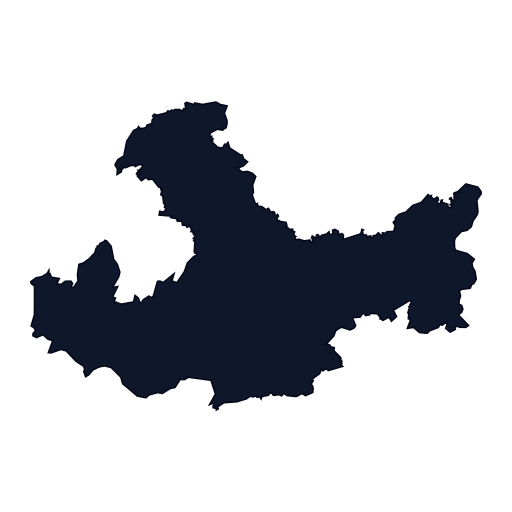 outline of Huejutla de Reyes, Hidalgo, Mexico
{"feature_id": "50627088B61765776713895", "entity_name": "Huejutla de Reyes", "entity_type": "district", "adm_level": 2, "iso_a3": "MEX", "parent_name": "Mexico", "parent_adm1": "Hidalgo", "projection": "albers", "projection_center": [-98.458, 21.143], "detail": "fine", "context": "isolated", "style": "filled", "palette": "ink", "viewbox_px": 512, "rotation_deg": 0, "n_neighbors": 0, "source": "geoboundaries", "source_scale": "gbopen_adm2", "svg_char_len": 6081}
<svg xmlns="http://www.w3.org/2000/svg" viewBox="0 0 512 512"><path d="M427.1,333.3L429.7,330.8L438.1,327.6L440.8,323.9L442.1,325.3L446.1,322.2L445.9,323.2L447.2,323.5L445.7,328.5L450.2,332.2L455.4,329.4L454.8,327.6L457.3,326.0L459.3,327.3L465.9,327.4L468.6,325.4L458.5,315.0L461.8,312.1L462.9,309.1L461.7,305.4L459.2,304.3L459.0,301.0L460.6,295.9L459.4,291.3L461.4,289.4L470.2,288.3L472.0,284.1L473.7,283.8L476.3,279.3L475.0,271.2L472.7,267.3L472.0,263.1L474.4,259.2L467.2,253.5L456.3,250.5L454.7,248.4L454.4,241.4L455.2,238.1L461.3,231.6L467.0,230.4L471.3,226.8L473.0,221.0L477.3,214.6L478.0,211.8L476.9,200.1L481.3,193.7L481.1,191.6L477.9,187.1L465.9,183.9L457.8,191.6L454.1,192.9L453.7,194.4L455.0,196.1L454.0,196.6L454.3,199.9L452.0,200.3L451.4,197.7L449.6,198.3L449.6,199.3L450.9,199.1L451.3,204.0L450.1,204.8L451.7,205.5L451.8,207.8L447.6,206.6L447.9,204.2L441.9,202.3L442.4,200.0L441.2,200.2L440.1,203.6L438.5,203.8L437.0,201.8L438.6,200.1L437.9,197.4L436.6,197.1L434.3,199.3L431.3,197.2L431.5,195.5L429.9,196.1L428.1,194.5L421.2,202.4L412.7,205.4L405.9,212.0L398.8,214.4L395.3,218.0L395.5,220.1L393.2,222.3L395.2,225.6L393.6,231.4L387.0,231.7L385.1,233.3L382.4,232.7L382.2,236.5L378.3,232.7L375.8,235.4L373.4,235.5L372.5,237.7L371.1,237.5L370.7,235.8L367.3,236.6L366.1,234.7L363.3,235.2L362.4,231.0L363.5,230.0L361.8,229.3L361.2,232.6L359.8,234.1L343.4,239.4L343.4,234.8L341.7,233.5L338.9,234.7L338.3,231.2L334.7,229.3L332.5,230.2L333.0,233.5L331.4,234.4L329.5,234.1L329.0,231.7L326.4,234.1L321.4,235.3L320.2,237.5L317.9,234.5L316.4,235.1L315.9,238.3L312.3,235.9L311.5,237.7L313.1,240.4L311.3,242.9L310.2,240.0L304.3,240.8L299.0,239.2L295.7,239.6L294.8,236.6L295.7,236.4L294.3,235.5L293.9,233.2L294.8,231.9L292.6,230.6L292.6,229.1L291.0,229.2L290.5,230.5L288.6,228.2L286.4,227.5L287.1,226.3L286.1,222.4L281.7,221.6L281.4,222.6L279.5,220.6L277.4,221.1L277.4,217.1L278.5,216.2L277.6,214.4L276.0,215.7L274.7,215.2L275.0,213.3L273.8,211.6L270.6,212.0L268.5,208.3L266.0,209.6L261.9,206.6L257.8,206.1L257.4,203.4L255.7,204.5L252.2,194.8L253.5,192.3L252.7,185.0L255.8,176.5L252.3,173.2L247.5,171.4L242.1,171.9L238.7,169.2L239.1,167.7L243.6,165.8L247.6,161.8L243.6,158.7L242.3,155.0L240.2,154.8L229.7,147.9L228.0,142.3L226.5,144.2L224.5,144.2L223.3,147.0L221.4,148.0L217.5,147.1L212.4,142.2L213.0,138.6L211.5,138.4L211.8,136.2L210.3,136.5L209.6,135.5L210.8,132.7L217.4,129.3L222.8,130.2L223.1,128.3L224.0,129.0L226.1,127.7L227.0,124.1L227.1,120.7L224.4,113.1L227.2,105.9L220.2,104.4L215.9,102.0L202.7,104.4L194.6,102.9L194.5,104.6L186.5,102.3L184.9,103.4L185.8,108.5L183.8,108.5L182.1,111.2L179.9,109.5L174.6,109.5L173.4,110.9L171.7,109.9L169.8,111.4L167.8,110.8L166.4,112.8L157.1,115.1L154.3,114.1L152.6,116.0L153.8,117.9L152.1,120.0L151.8,123.4L146.9,125.1L146.9,126.5L144.3,128.2L139.9,128.4L138.6,126.5L137.3,128.7L133.5,130.5L126.7,141.2L123.8,155.9L117.9,159.5L115.3,164.0L115.1,165.4L117.4,168.9L117.0,174.6L121.2,172.0L121.9,169.7L120.9,168.5L122.9,168.7L123.3,167.3L125.4,167.8L131.0,165.5L134.7,165.5L135.2,166.6L139.6,164.5L142.3,165.2L142.9,166.6L141.3,167.6L141.6,168.5L139.2,169.7L139.4,171.4L138.3,170.8L139.1,172.4L138.0,171.7L137.0,172.6L137.7,173.4L136.5,174.1L138.3,175.5L137.4,176.1L141.4,180.8L146.1,177.4L148.2,179.7L152.5,179.2L158.8,187.3L160.6,187.5L161.1,190.0L162.1,189.6L160.8,194.7L162.8,196.3L163.5,202.9L165.2,205.8L164.3,207.0L166.2,209.0L163.5,212.0L159.7,211.2L159.0,215.1L169.6,216.0L170.9,216.5L170.6,217.6L176.6,218.7L177.3,221.3L181.7,221.2L182.5,225.2L186.7,225.7L187.0,227.3L190.0,226.2L191.6,230.4L190.9,231.6L192.7,231.9L193.6,234.7L195.8,235.3L193.3,238.5L194.5,238.9L193.6,240.8L194.9,240.8L194.2,251.7L195.0,253.2L196.8,253.4L196.4,255.2L193.5,256.7L187.4,262.9L184.3,271.7L176.8,282.7L172.0,280.9L174.1,273.6L163.2,282.5L159.8,281.0L157.4,281.4L153.3,296.0L151.2,297.6L148.9,296.0L143.1,299.8L141.7,302.2L139.9,302.6L138.4,298.0L135.0,295.4L133.5,301.9L121.3,304.1L115.6,302.0L114.8,302.9L114.2,301.4L115.5,298.0L112.6,296.9L117.8,286.5L112.6,287.4L118.7,276.9L119.9,272.1L117.3,264.2L113.7,259.4L111.2,246.3L106.6,240.8L104.6,240.3L104.3,241.4L100.0,243.4L98.9,245.7L97.1,246.1L97.5,247.4L96.1,248.2L94.8,252.7L89.0,258.9L83.2,263.0L78.9,264.3L77.4,275.0L78.0,280.9L73.4,287.7L71.1,286.7L72.7,283.5L70.9,281.1L65.3,281.2L61.1,284.4L56.8,283.8L59.4,278.5L51.4,277.2L50.1,273.7L49.0,274.4L48.9,270.2L47.1,273.5L41.6,276.7L35.9,277.8L30.7,281.7L31.1,283.5L34.5,286.1L34.4,314.6L31.1,326.0L33.8,327.6L35.2,330.0L35.0,331.5L33.0,333.4L32.9,335.8L36.5,337.6L43.0,334.8L48.1,339.4L52.7,340.6L48.3,352.7L51.2,352.9L60.8,349.5L66.0,350.8L76.0,361.3L83.6,366.3L84.6,369.4L83.7,371.5L85.6,376.8L88.9,374.8L92.7,370.1L98.7,367.1L104.4,365.9L111.1,367.5L120.8,377.2L122.7,383.8L137.4,396.1L145.9,397.8L149.3,394.9L157.8,392.6L162.3,393.5L170.3,388.5L175.0,387.5L180.3,379.4L184.3,379.7L188.6,377.3L210.9,380.3L215.4,394.0L209.5,404.7L213.2,403.2L214.4,405.6L213.1,405.6L213.1,407.7L216.4,408.6L216.3,410.0L218.3,408.9L217.7,406.8L223.9,402.8L236.9,401.8L246.4,398.9L250.6,396.0L252.5,397.0L256.1,396.0L257.0,397.3L259.9,396.9L261.1,399.0L261.9,396.6L268.5,395.3L269.9,393.1L271.6,393.0L273.4,395.4L279.1,394.7L281.5,395.9L284.0,393.4L287.0,395.6L296.3,396.6L301.7,393.7L303.7,393.6L303.3,394.4L305.6,395.7L312.8,392.5L313.2,388.3L312.4,385.4L310.8,384.7L313.3,380.7L312.3,380.0L312.8,378.6L319.7,373.7L321.3,369.4L322.8,370.9L326.3,368.7L328.3,370.6L342.7,366.4L340.9,364.9L342.0,363.7L341.1,362.7L341.9,361.8L340.7,361.2L341.5,360.3L340.2,359.7L341.0,357.9L334.0,350.8L334.3,347.6L331.0,346.9L329.7,345.0L326.6,343.8L333.8,336.0L335.7,330.8L339.5,328.2L341.8,327.3L350.0,330.0L354.2,328.0L355.7,325.5L352.4,317.8L360.2,317.1L362.6,313.7L364.9,313.9L365.4,315.6L369.6,314.9L370.1,313.4L377.3,313.8L380.6,318.0L379.5,319.3L380.9,318.7L382.8,320.5L389.0,317.2L391.4,321.3L396.6,316.6L393.1,309.5L394.8,309.5L409.8,300.5L411.7,302.5L409.9,304.4L410.4,305.7L408.8,306.6L409.4,307.7L407.8,312.8L408.7,313.1L408.3,318.8L409.9,319.3L410.2,320.7L407.3,328.4L413.5,327.5L419.5,332.6L427.1,333.3Z" fill="#0f172a" stroke="#020617" stroke-width="1.5"/></svg>